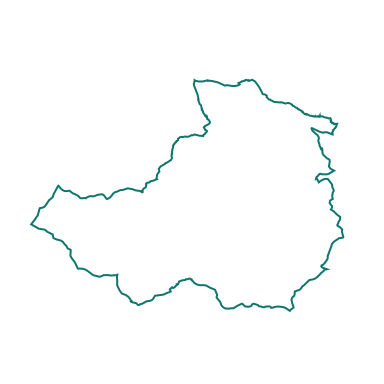 Mihaileni, Sibiu, Romania, rotated 187°
{"feature_id": "2599482B13482598439545", "entity_name": "Mihaileni", "entity_type": "district", "adm_level": 2, "iso_a3": "ROU", "parent_name": "Romania", "parent_adm1": "Sibiu", "projection": "robinson", "projection_center": [24.371, 45.991], "detail": "fine", "context": "isolated", "style": "outline", "palette": "teal", "viewbox_px": 384, "rotation_deg": 187, "n_neighbors": 0, "source": "geoboundaries", "source_scale": "gbopen_adm2", "svg_char_len": 5898}
<svg xmlns="http://www.w3.org/2000/svg" viewBox="0 0 384 384"><g transform="rotate(187 192 192)"><path d="M203.0,303.3L202.9,302.6L203.4,299.5L203.0,298.1L198.4,289.4L196.8,284.8L197.2,284.5L195.1,280.2L194.2,279.7L193.5,278.9L192.5,275.8L192.1,275.8L192.0,275.6L192.4,275.4L192.3,274.6L190.8,273.3L190.9,272.8L190.0,271.4L188.8,270.3L188.1,269.0L187.4,268.8L186.9,269.4L186.2,268.3L186.5,267.7L185.6,266.8L185.7,266.3L183.8,265.3L182.6,263.3L182.6,262.9L183.8,261.3L187.1,259.1L188.2,257.7L188.1,257.4L187.3,256.7L186.7,255.3L184.8,254.7L184.6,253.7L184.9,253.1L186.0,252.1L186.1,251.3L187.6,250.0L187.7,248.9L191.6,248.8L196.5,249.4L198.0,248.5L198.9,248.2L199.6,248.3L201.3,247.0L202.9,246.3L206.3,246.1L208.0,245.3L209.0,245.5L210.5,245.0L211.3,244.0L212.3,243.3L212.1,241.8L213.2,240.6L213.5,240.8L213.8,240.5L214.0,239.8L213.9,239.4L215.1,238.4L215.4,237.3L215.8,237.2L215.9,236.5L216.4,235.9L216.2,233.8L216.8,231.9L216.5,230.9L216.9,229.6L216.4,228.1L216.8,227.4L216.5,226.9L216.7,226.3L216.7,225.2L216.0,223.2L216.8,221.1L220.5,218.1L221.9,217.4L222.2,216.7L223.8,215.5L224.2,215.0L225.8,214.0L226.7,212.9L227.8,210.8L226.9,208.7L226.9,208.0L227.5,207.5L228.8,204.7L228.7,202.6L229.0,201.4L228.3,200.5L232.1,198.4L234.7,197.5L234.7,197.1L235.3,196.4L237.5,195.7L238.3,195.1L238.7,194.3L238.2,193.8L238.5,191.2L239.2,190.3L240.1,189.8L241.8,187.1L241.0,186.5L241.0,185.7L241.3,185.6L244.0,186.7L247.7,186.7L251.9,187.6L256.3,187.8L260.2,185.9L263.8,184.9L266.1,183.4L268.6,182.3L270.0,180.9L271.4,178.4L272.8,176.5L275.3,174.6L276.3,175.0L278.9,177.9L280.7,178.8L285.0,177.8L288.8,175.8L290.6,175.5L292.0,175.6L293.8,175.0L296.4,173.3L296.7,172.8L297.4,173.0L301.3,172.2L302.5,172.5L304.5,174.3L308.2,175.7L310.3,176.2L313.4,178.2L314.1,178.3L316.6,177.6L318.4,177.4L320.1,177.9L322.0,178.9L325.3,181.9L325.8,181.4L329.1,172.9L329.7,169.8L332.3,166.9L332.8,166.6L335.5,161.1L336.9,159.2L338.3,158.3L341.2,157.3L342.3,149.6L343.2,148.5L344.4,145.8L347.7,140.3L339.5,136.9L333.9,136.7L333.1,136.4L330.4,134.7L325.1,132.9L324.0,129.5L321.1,128.5L316.1,127.8L314.0,126.7L312.4,124.9L310.2,123.3L308.5,120.8L305.5,119.9L305.3,119.6L304.9,113.9L303.2,111.5L299.7,107.9L296.0,102.1L291.4,102.5L288.8,102.1L286.3,101.1L279.9,97.4L273.6,96.6L271.9,97.2L269.6,98.7L264.8,99.3L262.3,99.2L257.6,100.1L256.0,100.8L256.1,98.5L255.2,93.6L255.0,90.8L254.6,89.7L251.6,85.2L249.1,82.6L244.6,81.6L244.3,81.1L242.8,80.5L239.9,77.8L239.7,77.0L238.8,76.5L239.3,75.8L238.9,75.5L233.6,74.7L232.0,73.3L230.4,73.5L230.0,74.2L227.5,75.2L224.0,77.9L220.3,78.9L218.5,80.0L217.6,81.1L216.1,84.5L207.7,86.7L205.4,88.2L201.0,90.6L202.2,92.7L200.1,95.0L199.1,94.4L197.6,95.3L197.1,96.3L195.5,97.9L195.8,98.6L194.7,98.7L194.1,100.5L194.0,101.5L191.3,103.0L187.9,103.9L187.6,104.6L185.6,104.9L184.4,105.7L181.9,105.4L181.7,104.4L181.2,104.5L178.4,101.9L175.7,100.8L173.6,100.4L168.4,101.0L166.5,100.9L162.5,99.2L158.2,98.1L157.1,97.6L154.5,92.9L154.8,90.5L154.4,89.9L150.7,86.4L149.0,83.2L148.2,82.4L147.0,81.4L144.6,80.4L141.0,80.7L139.8,81.2L136.6,81.7L132.8,84.8L128.9,87.2L128.3,87.1L125.4,84.9L121.6,85.0L119.7,85.9L119.2,86.3L118.7,87.7L117.7,88.5L117.0,88.6L112.7,87.8L111.6,86.7L109.6,86.8L108.1,86.3L106.2,86.4L105.1,87.2L101.5,87.9L100.1,87.6L99.3,86.6L97.1,87.3L96.1,88.0L93.0,88.8L87.8,88.9L84.9,88.3L80.4,85.9L79.9,87.0L77.1,89.7L77.1,90.2L79.0,93.8L80.1,97.2L79.8,98.8L79.3,100.0L77.9,101.4L77.7,102.6L77.8,105.8L73.2,108.1L72.3,109.2L70.9,111.9L69.8,112.7L64.8,118.9L61.0,120.1L58.8,121.4L56.0,124.4L53.7,127.7L52.4,128.8L51.0,131.0L48.7,131.8L53.3,132.8L54.6,133.8L54.4,135.0L53.2,135.6L51.7,137.5L49.5,141.7L49.2,143.1L49.5,144.5L49.4,145.4L47.1,155.1L46.7,157.7L44.6,160.4L40.3,164.1L36.7,165.1L36.3,165.6L38.4,171.0L38.3,173.0L41.2,175.4L43.1,175.9L43.7,176.7L43.7,177.5L43.0,178.5L43.1,180.0L41.9,182.1L41.9,185.4L44.7,186.8L49.3,190.3L52.0,191.5L51.1,193.8L51.1,194.5L51.3,195.1L52.0,195.8L54.0,197.7L54.0,200.0L53.8,200.4L51.4,202.4L52.3,204.5L52.4,206.4L52.1,207.1L52.3,208.5L51.5,210.4L51.9,211.9L53.0,213.3L53.6,214.8L53.8,216.4L58.7,221.4L60.5,221.4L62.5,220.8L65.6,218.8L67.3,217.0L69.7,220.5L70.5,220.0L70.3,222.0L68.9,223.4L67.7,225.4L66.6,225.8L65.6,225.4L60.5,225.9L58.7,226.6L53.6,230.5L57.4,232.0L59.2,234.0L59.3,234.4L59.1,235.1L59.0,239.0L59.5,240.9L62.4,242.0L66.4,245.1L66.9,245.9L67.5,247.7L67.7,249.9L68.3,251.2L68.5,251.2L68.6,250.3L68.8,250.0L69.4,250.4L69.8,252.0L70.8,253.0L71.5,255.4L72.7,257.5L72.9,259.1L72.6,260.8L72.9,261.8L74.4,263.8L77.0,265.3L80.1,267.7L81.1,269.5L81.0,269.9L80.2,269.9L74.6,267.9L72.0,267.2L69.0,266.8L67.9,267.5L65.2,267.7L59.4,266.2L59.5,267.2L60.2,268.1L59.4,269.5L59.6,270.6L58.9,271.0L58.3,272.3L57.6,272.8L57.6,273.5L57.1,274.0L56.3,277.4L58.3,277.0L59.1,276.5L59.6,276.8L60.0,277.7L61.2,277.4L61.3,277.9L62.7,278.3L62.8,278.6L62.4,279.2L63.1,279.9L62.7,280.5L63.7,282.1L65.1,281.6L66.0,282.0L69.9,282.3L70.7,282.7L72.3,283.0L73.7,282.5L74.2,282.8L74.4,283.5L74.8,282.2L75.1,282.1L75.6,282.2L76.1,282.6L76.5,282.2L78.3,282.0L78.8,282.5L79.4,281.8L80.4,282.1L80.8,281.8L82.6,282.2L84.2,282.0L87.4,283.3L87.9,282.8L88.5,283.4L89.4,283.0L91.5,284.3L91.5,284.6L92.2,284.7L92.2,285.4L93.2,285.7L93.3,286.0L95.4,286.8L96.4,286.9L96.4,287.2L97.4,287.6L97.8,288.2L99.8,288.6L101.0,289.5L101.9,289.9L102.3,289.8L103.0,290.2L103.2,290.8L105.6,291.9L107.6,292.1L110.0,291.2L114.6,292.0L115.2,291.6L121.8,291.5L123.5,292.3L124.6,292.5L125.5,293.2L126.7,293.1L129.5,295.3L129.4,296.4L130.0,297.1L131.7,297.7L133.4,297.7L134.0,298.0L134.7,299.4L138.2,304.4L141.8,308.3L143.1,309.5L146.0,310.7L148.6,309.4L148.8,309.7L149.6,309.9L150.0,309.3L151.4,309.9L152.7,309.6L152.8,309.2L155.4,307.9L155.9,308.0L157.3,306.8L159.1,305.8L157.8,304.5L158.9,303.7L161.2,302.7L164.5,302.1L170.1,302.3L172.3,301.6L179.8,304.0L185.6,304.6L188.3,304.6L189.8,304.2L190.1,304.8L194.8,303.0L198.9,302.5L201.8,302.7L203.0,303.3Z" fill="none" stroke="#0f766e" stroke-width="2"/></g></svg>